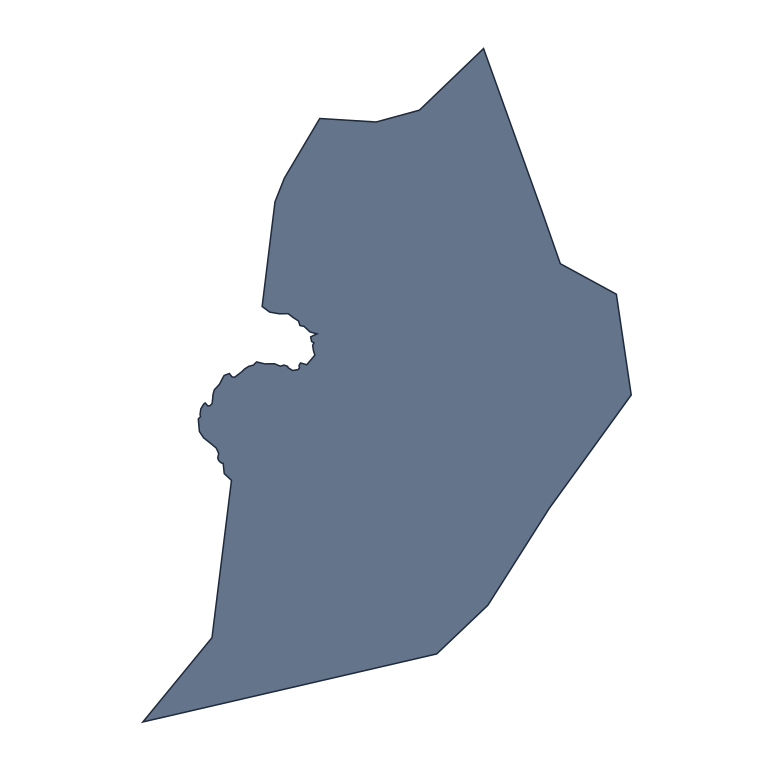 outline of San Juan Lajarcia, Oaxaca, Mexico, rotated 89°
{"feature_id": "50627088B50944578891285", "entity_name": "San Juan Lajarcia", "entity_type": "district", "adm_level": 2, "iso_a3": "MEX", "parent_name": "Mexico", "parent_adm1": "Oaxaca", "projection": "mercator", "projection_center": [-95.925, 16.508], "detail": "fine", "context": "isolated", "style": "filled", "palette": "slate", "viewbox_px": 768, "rotation_deg": 89, "n_neighbors": 0, "source": "geoboundaries", "source_scale": "gbopen_adm2", "svg_char_len": 1141}
<svg xmlns="http://www.w3.org/2000/svg" viewBox="0 0 768 768"><g transform="rotate(89 384 384)"><path d="M298.3,150.1L266.8,205.6L215.7,222.5L50.3,278.6L110.8,343.8L121.9,387.3L117.4,443.6L172.5,477.6L176.4,480.0L199.9,489.8L304.4,504.5L310.1,497.1L312.0,487.5L312.0,478.7L316.2,473.4L319.5,468.4L324.0,467.1L325.1,462.8L330.6,457.2L332.7,450.2L335.6,456.5L340.2,455.7L341.6,453.3L344.1,454.7L349.8,453.9L353.9,452.6L363.4,460.9L361.5,467.1L364.2,468.7L366.4,468.2L368.1,469.7L368.9,475.2L365.9,479.7L364.7,480.0L363.3,483.7L364.4,487.4L361.8,493.2L361.8,502.9L359.7,511.0L361.0,512.4L362.8,514.2L364.0,519.0L366.6,523.2L369.3,526.0L374.6,533.2L374.3,535.8L370.8,538.4L372.7,543.7L375.4,545.3L381.4,548.5L386.9,553.8L391.7,555.2L395.9,555.6L400.5,556.2L402.6,558.2L402.9,560.5L399.8,563.1L401.0,564.7L405.7,567.6L411.4,568.5L413.3,567.9L415.7,570.3L428.3,569.4L434.7,565.3L441.2,557.4L445.2,552.8L450.6,550.5L455.1,551.5L457.1,550.9L458.7,549.7L460.1,548.0L460.6,546.2L470.8,545.3L477.7,538.2L634.6,560.4L717.7,631.0L654.8,336.0L607.0,284.0L511.3,221.0L399.3,137.0L298.3,150.1Z" fill="#64748b" stroke="#1e293b" stroke-width="1.5"/></g></svg>